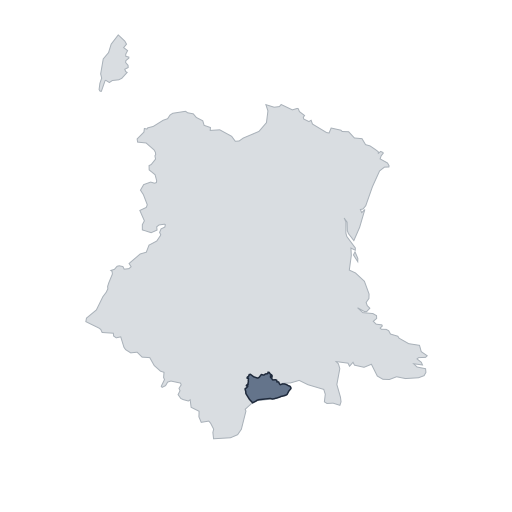 where Seine-Maritime sits in France, rotated 192°
{"feature_id": "FRA-5343", "entity_name": "Seine-Maritime", "entity_type": "Metropolitan department", "adm_level": 1, "iso_a3": "FRA", "parent_name": "France", "parent_adm1": "", "projection": "mercator", "projection_center": [1.134, 49.661], "detail": "fine", "context": "in_parent", "style": "filled", "palette": "slate", "viewbox_px": 512, "rotation_deg": 192, "n_neighbors": 0, "source": "natural_earth", "source_scale": "10m", "svg_char_len": 5304}
<svg xmlns="http://www.w3.org/2000/svg" viewBox="0 0 512 512"><g transform="rotate(192 256 256)"><path d="M395.0,211.7L391.7,213.5L389.7,217.1L387.7,218.0L384.0,218.0L382.2,215.7L377.7,217.2L375.9,219.5L378.6,222.3L369.7,233.9L364.1,236.9L362.9,244.4L356.2,250.0L353.8,255.9L353.6,257.1L355.2,259.0L354.5,262.8L351.2,265.3L351.2,267.8L352.1,268.1L357.3,266.2L359.2,263.9L358.2,260.8L363.4,257.0L372.6,257.9L373.7,263.0L372.5,267.2L379.1,276.4L373.4,280.7L373.0,283.5L378.9,292.6L382.7,296.4L380.7,302.5L374.4,306.4L370.4,306.1L368.7,307.1L368.8,309.0L371.6,314.5L378.4,318.0L379.4,322.2L377.5,323.7L374.4,329.9L375.7,333.0L375.2,334.3L375.9,336.4L377.7,338.5L387.0,343.7L395.5,342.8L396.6,345.8L391.4,353.9L391.7,357.5L389.1,357.5L388.6,358.8L383.4,361.4L375.0,369.5L371.0,371.9L369.4,376.0L367.1,378.3L355.0,382.9L352.8,381.9L346.9,382.0L343.2,379.1L336.2,377.2L333.9,373.0L327.3,372.2L326.9,369.3L317.7,371.9L304.7,368.0L300.1,363.9L296.4,365.0L293.0,368.7L279.0,378.5L273.5,388.6L274.5,400.4L277.8,406.1L269.2,405.3L264.2,407.0L262.9,409.4L250.8,406.5L246.4,408.9L245.2,408.8L243.6,406.3L237.7,403.5L238.6,401.6L237.8,399.9L232.2,398.5L230.3,400.2L228.2,396.8L212.6,391.4L210.1,391.5L209.1,396.8L199.1,396.7L197.6,395.7L191.2,396.8L184.3,391.9L176.7,392.8L172.0,387.7L167.4,387.4L161.0,384.8L158.1,383.4L157.7,381.9L155.8,384.2L153.4,383.7L152.9,383.0L154.4,380.1L154.8,376.8L146.7,374.3L144.6,371.9L144.5,370.7L148.9,369.6L152.8,364.9L156.5,348.1L159.1,328.0L161.1,324.2L163.6,323.2L161.6,320.4L159.2,324.1L160.6,305.5L163.5,291.4L170.3,297.2L171.9,299.7L173.9,308.0L177.7,311.5L175.2,308.2L172.8,297.0L171.2,293.9L160.5,284.5L160.1,282.3L164.8,283.5L162.9,276.4L161.8,261.6L155.2,260.1L144.7,253.8L137.5,242.3L136.7,238.0L138.6,233.4L136.9,230.6L133.8,228.6L136.2,224.6L138.3,224.2L145.9,226.5L139.7,222.8L129.7,224.0L125.7,222.7L125.0,220.0L127.7,216.5L124.3,214.3L118.6,214.8L117.9,213.8L119.6,211.3L118.1,210.4L113.4,211.3L110.7,210.5L108.2,207.6L100.6,207.0L98.9,205.3L88.5,202.0L77.5,202.6L74.5,196.8L67.8,194.0L69.1,192.1L75.8,190.4L77.1,188.8L72.2,186.4L70.5,184.0L79.4,183.4L75.4,180.9L66.7,181.0L65.6,177.5L66.7,173.9L71.7,170.7L84.3,167.2L93.4,167.1L99.9,162.9L106.3,161.8L112.4,163.8L120.6,174.1L127.2,169.6L137.0,169.7L139.0,172.2L141.6,167.6L143.7,170.3L155.7,169.4L152.9,167.6L150.6,163.2L150.2,147.1L144.0,135.4L142.5,131.1L142.9,127.4L150.0,128.1L155.9,126.5L158.8,127.6L159.5,135.2L162.0,139.6L178.4,140.9L187.9,143.3L195.9,139.0L203.4,137.1L204.0,136.1L199.7,136.5L195.7,134.6L195.2,132.6L197.3,126.6L208.7,120.1L225.4,114.5L229.7,110.7L234.7,103.9L233.6,102.2L234.3,83.5L236.8,77.4L243.2,72.9L259.5,68.4L261.5,74.4L261.4,77.8L265.7,83.1L267.9,84.7L275.0,81.9L278.4,86.8L279.4,92.3L288.0,94.5L290.5,101.7L292.0,100.1L297.4,100.4L299.9,101.0L303.4,104.2L302.3,108.4L303.8,110.5L302.4,114.4L303.4,116.0L313.2,116.0L316.2,114.3L317.5,110.4L320.5,108.0L321.6,108.8L319.8,116.1L321.1,117.9L321.8,123.1L325.5,123.5L332.8,127.7L338.8,134.5L346.4,133.4L352.3,137.2L358.4,135.2L364.1,137.3L366.2,139.3L371.5,148.8L375.7,146.9L378.6,148.1L379.5,150.8L390.6,149.2L392.6,151.9L394.8,152.9L408.8,156.4L408.9,160.0L400.9,170.1L397.3,184.4L395.0,189.3L394.1,193.0L394.8,195.4L394.4,199.3L392.7,208.5L393.6,211.1L395.0,211.7ZM444.6,392.6L443.9,397.9L445.8,401.8L446.4,417.0L442.5,424.3L441.7,433.1L436.7,443.6L429.0,438.9L426.7,436.3L428.8,432.3L424.3,430.2L425.4,426.3L424.9,424.3L421.7,424.1L421.5,423.1L423.9,420.1L423.8,418.2L420.8,415.9L420.2,413.8L423.2,411.4L421.8,409.3L420.2,408.8L424.2,401.9L426.9,399.8L433.0,397.8L435.5,395.2L439.4,396.6L440.1,396.0L441.5,384.9L442.8,384.8L444.1,386.2L444.6,392.6ZM160.9,277.3L160.0,280.6L155.9,274.8L155.3,271.6L160.9,277.3Z" fill="#d9dde1" stroke="#a8b0b8" stroke-width="1"/><path d="M205.4,135.2L203.5,136.4L201.3,136.8L199.1,136.5L197.2,135.8L196.7,135.8L196.2,135.8L195.6,135.6L195.1,135.2L194.8,134.8L194.8,134.6L194.4,134.3L194.3,134.0L194.3,133.5L194.4,133.3L195.8,130.7L196.8,127.1L197.2,126.6L198.6,125.6L198.9,125.6L199.1,125.3L202.6,123.7L202.9,123.3L206.2,121.3L207.1,121.0L208.2,120.3L210.2,119.5L212.5,119.6L223.5,116.0L224.1,115.5L224.8,115.3L225.8,114.1L228.8,111.7L232.6,114.4L237.0,119.0L237.4,119.6L237.8,121.2L238.1,121.8L238.6,122.7L238.9,123.3L239.0,123.6L239.0,124.1L238.8,124.3L238.3,124.6L238.0,124.9L237.1,126.4L237.0,126.9L237.0,127.2L237.3,127.3L237.5,127.2L237.8,127.1L238.1,127.0L238.3,127.0L238.5,127.4L238.3,127.7L238.0,128.2L237.7,128.5L237.2,128.8L237.0,129.0L237.1,129.3L237.2,129.5L237.4,129.8L237.3,130.6L237.4,131.8L237.6,132.2L237.7,132.7L237.8,134.1L237.9,134.6L238.1,134.8L238.4,134.8L238.6,134.7L238.9,134.6L239.2,134.6L239.4,135.0L239.3,135.4L239.2,135.9L239.0,136.1L238.8,136.2L238.7,136.2L238.5,136.4L238.3,137.0L238.1,137.6L238.0,138.1L238.0,138.6L236.9,139.1L233.2,137.4L229.3,136.9L228.2,137.4L227.5,138.3L226.3,140.9L226.0,141.2L224.1,141.1L223.5,141.3L222.9,141.7L222.5,142.4L222.3,142.6L220.6,143.1L220.1,143.5L219.9,144.0L220.1,144.7L219.5,144.9L219.0,144.9L218.5,144.5L218.1,144.0L217.3,143.4L216.3,143.1L215.5,142.5L215.2,141.3L216.8,141.6L216.7,140.7L216.4,140.2L215.4,139.7L214.1,138.4L213.7,138.3L211.2,139.0L210.0,138.8L209.2,137.2L208.7,137.4L208.1,137.5L207.5,137.3L206.7,136.1L206.1,135.5L205.8,135.3L205.6,135.2L205.4,135.2Z" fill="#64748b" stroke="#1e293b" stroke-width="1.5"/></g></svg>